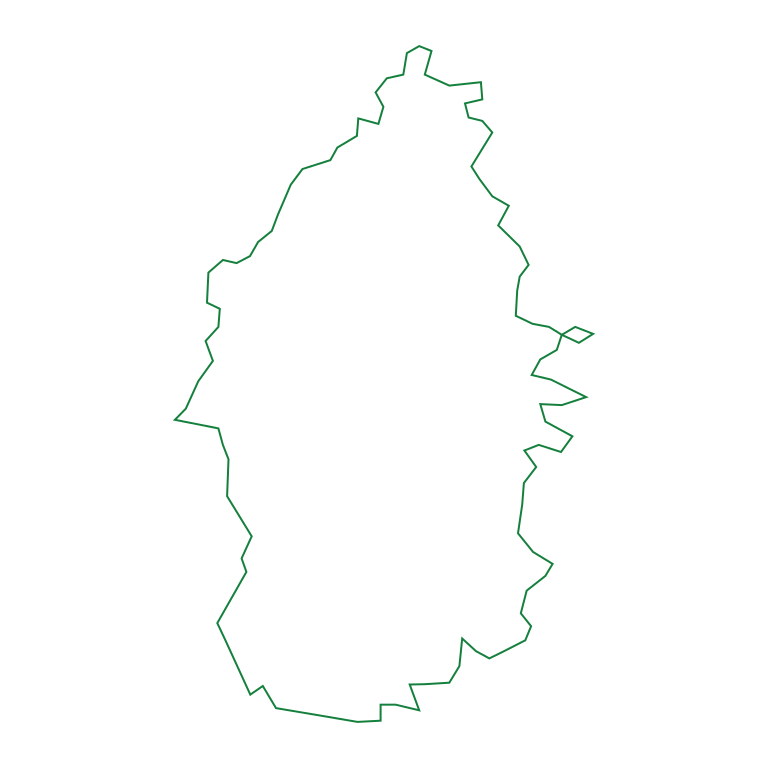 Iracema do Oeste, Paraná, Brazil
{"feature_id": "56859067B2510798775260", "entity_name": "Iracema do Oeste", "entity_type": "district", "adm_level": 2, "iso_a3": "BRA", "parent_name": "Brazil", "parent_adm1": "Paraná", "projection": "mercator", "projection_center": [-53.343, -24.432], "detail": "fine", "context": "isolated", "style": "outline", "palette": "green", "viewbox_px": 768, "rotation_deg": 0, "n_neighbors": 0, "source": "geoboundaries", "source_scale": "gbopen_adm2", "svg_char_len": 1378}
<svg xmlns="http://www.w3.org/2000/svg" viewBox="0 0 768 768"><path d="M561.8,334.8L549.0,326.9L532.5,323.8L515.8,315.8L517.2,290.7L519.7,276.6L528.6,264.9L519.7,246.5L498.2,225.4L508.8,205.8L492.3,196.3L479.5,179.1L471.4,166.5L492.3,132.5L482.3,120.9L468.6,117.5L465.0,103.4L482.3,99.4L480.9,82.2L449.3,85.6L424.8,74.6L431.5,51.0L419.2,46.1L406.9,53.1L403.3,74.6L386.8,78.3L375.6,92.4L383.4,106.8L378.4,123.9L358.3,118.4L356.9,135.9L337.4,147.5L330.4,160.1L302.5,169.0L290.8,184.6L277.9,214.7L271.8,230.9L258.1,242.0L250.0,256.1L236.6,263.1L222.9,260.0L208.4,272.6L207.0,302.7L219.8,308.8L218.4,326.9L205.6,341.0L212.9,360.9L198.3,381.2L185.8,408.7L174.9,419.8L218.4,428.4L222.9,444.9L228.5,459.3L227.1,496.2L251.7,536.3L241.6,558.4L246.4,571.9L217.3,623.1L225.7,640.9L250.3,694.6L262.8,686.0L276.0,708.1L357.5,721.9L380.6,720.7L380.6,704.7L395.7,704.7L419.2,710.3L409.7,684.5L424.8,684.2L449.3,682.7L459.4,666.1L462.2,638.5L475.9,651.1L489.3,658.4L502.4,652.0L525.3,640.3L531.1,626.2L520.8,613.3L526.7,590.6L545.4,575.9L552.6,563.9L533.1,552.0L518.0,533.3L522.2,504.7L523.9,483.0L536.2,467.0L524.4,450.5L538.7,444.9L561.0,452.0L572.4,436.3L545.4,421.6L540.3,404.1L561.8,405.1L586.1,397.1L568.8,388.5L551.0,379.6L531.7,375.0L540.3,359.4L556.8,349.9L561.8,334.8ZM561.8,334.8L578.9,342.8L593.1,333.9L575.2,326.9L561.8,334.8Z" fill="none" stroke="#15803d" stroke-width="2"/></svg>